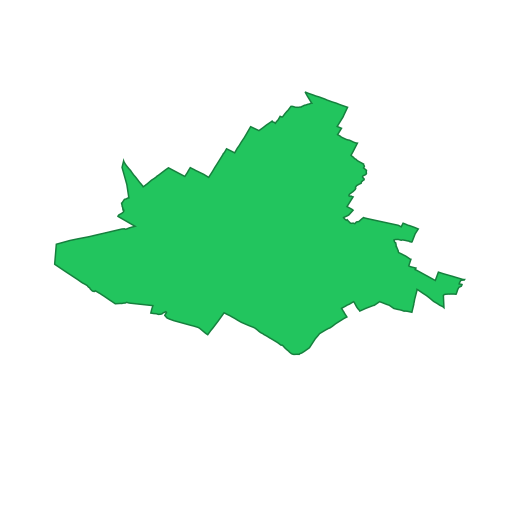 outline of Sipote, Iasi, Romania, rotated 142°
{"feature_id": "2599482B43206903693326", "entity_name": "Sipote", "entity_type": "district", "adm_level": 2, "iso_a3": "ROU", "parent_name": "Romania", "parent_adm1": "Iasi", "projection": "equal_earth", "projection_center": [27.182, 47.479], "detail": "fine", "context": "isolated", "style": "filled", "palette": "green", "viewbox_px": 512, "rotation_deg": 142, "n_neighbors": 0, "source": "geoboundaries", "source_scale": "gbopen_adm2", "svg_char_len": 6104}
<svg xmlns="http://www.w3.org/2000/svg" viewBox="0 0 512 512"><g transform="rotate(142 256 256)"><path d="M291.2,170.4L290.1,169.4L289.8,165.5L289.4,163.2L289.0,161.6L288.8,160.5L288.8,159.8L288.2,157.2L287.8,156.5L287.2,155.6L286.6,155.0L284.3,153.4L282.5,151.9L281.8,152.1L279.6,151.4L276.7,151.1L270.4,150.8L260.2,154.3L256.6,155.0L253.7,155.7L246.3,154.8L244.7,154.5L243.7,154.4L242.0,153.8L239.2,153.6L235.0,153.6L225.1,152.6L221.9,152.0L221.5,156.6L221.2,157.9L221.3,158.2L220.9,161.0L220.8,162.1L215.9,161.3L214.5,161.2L212.3,160.6L207.2,159.9L207.2,158.7L208.1,153.6L208.0,153.3L208.2,152.0L208.1,151.5L208.1,150.4L207.9,149.5L208.1,148.7L201.9,147.2L194.7,145.0L193.6,144.6L193.4,144.4L193.0,144.3L186.6,143.9L186.3,143.2L185.7,142.3L182.7,137.2L181.8,135.9L181.3,135.1L181.0,134.1L179.7,129.8L177.0,126.4L175.9,125.2L174.6,123.5L173.5,121.7L173.1,121.2L172.6,121.0L172.2,120.6L171.0,119.5L167.8,115.7L161.5,120.7L160.8,121.5L159.5,122.5L157.9,124.0L154.9,126.3L150.5,129.7L149.7,130.6L149.2,129.5L147.4,123.8L146.1,120.1L145.1,116.2L144.2,111.8L143.9,110.6L142.6,107.4L141.4,103.8L140.2,101.6L140.0,101.1L139.7,99.6L132.6,109.6L131.4,109.7L130.1,109.1L128.9,108.3L127.9,107.6L126.9,106.8L126.4,106.5L123.5,104.2L121.9,102.7L120.8,103.3L117.5,105.5L115.4,106.4L112.8,105.8L111.2,106.6L111.2,106.8L113.1,108.9L112.2,109.6L109.9,110.6L109.2,110.4L107.5,109.5L106.9,108.9L106.2,109.1L106.7,109.5L107.6,110.4L108.3,111.4L112.9,117.9L119.3,126.7L122.2,131.0L129.8,126.3L136.1,141.0L138.3,146.1L139.0,147.3L137.4,148.0L140.3,151.7L141.1,152.9L141.7,154.2L136.0,158.0L136.3,158.3L136.8,159.8L137.8,163.0L138.5,164.7L138.9,165.5L139.0,165.5L139.7,167.3L141.5,170.9L141.1,172.1L140.8,172.4L139.5,177.0L139.8,177.2L139.2,177.9L138.6,178.8L137.8,180.5L138.3,181.1L137.8,182.8L137.4,183.7L136.2,183.3L133.7,181.5L131.9,179.1L131.5,178.8L130.6,178.5L128.1,175.6L127.5,174.8L126.5,173.8L126.0,172.6L124.7,171.1L124.3,171.1L116.9,175.5L111.5,177.4L113.7,181.3L116.5,185.7L117.0,186.2L117.6,187.2L118.4,188.8L119.9,191.3L123.6,189.6L125.0,192.6L125.4,193.1L145.0,216.6L147.3,219.5L147.6,220.1L150.0,220.1L153.8,219.8L154.3,220.2L154.9,220.4L155.4,220.8L156.0,221.0L158.2,220.6L159.1,222.0L161.0,223.2L161.3,223.6L161.4,224.0L161.8,227.2L161.8,228.5L162.8,228.5L163.3,230.2L163.4,232.0L163.3,232.4L159.1,231.4L157.5,231.2L151.3,232.3L151.6,233.6L153.9,238.9L143.1,242.8L143.9,244.0L144.1,244.3L144.1,244.6L144.4,244.9L145.1,245.0L145.3,245.4L145.7,246.0L145.7,246.3L144.8,247.0L143.7,247.2L142.5,247.1L141.3,247.1L140.0,247.0L137.1,247.3L135.9,247.8L135.7,248.0L135.5,248.7L135.3,248.9L134.5,249.2L133.2,249.5L130.5,249.1L128.5,248.6L128.1,248.7L127.5,249.3L127.0,249.6L126.2,249.5L125.0,249.7L124.4,249.5L124.0,249.5L123.7,249.7L123.3,250.4L123.5,251.1L123.4,251.4L123.6,252.2L123.5,252.5L123.1,253.0L122.5,253.2L121.9,253.2L119.8,252.7L119.1,252.7L118.4,252.9L118.0,253.2L117.9,253.5L117.7,253.8L117.7,254.0L117.0,254.7L116.6,255.3L116.2,255.5L117.0,259.2L115.4,259.9L115.2,260.4L115.1,261.6L115.0,261.8L114.6,262.2L116.9,267.4L117.5,269.1L117.7,270.7L118.2,271.7L118.4,272.2L118.4,273.7L118.9,275.4L119.1,276.9L115.7,278.3L106.6,282.5L107.8,283.7L109.1,285.8L110.2,288.1L111.1,289.8L112.2,291.0L113.0,292.1L115.2,296.4L115.6,297.3L115.9,298.8L117.0,301.4L110.0,304.0L112.3,308.1L101.7,312.0L99.9,313.0L92.3,316.8L94.1,319.6L95.6,321.9L97.1,324.3L98.5,326.8L101.3,330.8L102.7,333.1L104.0,335.1L105.0,337.1L106.6,339.7L107.1,340.4L107.4,341.0L108.5,342.7L110.6,345.6L111.5,347.2L114.5,351.8L116.1,354.6L116.4,354.5L116.9,351.3L117.0,350.8L118.0,342.2L118.2,342.4L118.5,342.5L120.3,342.9L121.6,343.6L123.8,344.3L125.1,345.0L126.8,345.3L127.7,345.6L128.5,345.5L128.8,345.7L129.5,346.2L131.0,347.0L132.6,348.3L133.6,349.2L134.3,350.4L135.2,351.5L136.3,352.4L141.5,351.0L142.3,351.0L145.3,350.4L149.3,349.3L150.0,349.5L151.0,351.2L154.6,349.7L157.6,349.2L159.0,348.6L159.2,349.2L159.5,350.4L160.1,350.9L160.2,351.3L160.2,352.4L161.6,352.4L167.0,352.8L172.0,352.8L176.5,353.0L180.6,361.2L192.3,356.5L197.5,354.8L201.1,353.4L204.5,352.4L209.3,350.4L211.1,354.3L213.2,358.6L216.6,357.2L218.1,356.8L218.8,356.8L219.3,356.4L230.8,352.2L234.0,351.1L238.2,349.4L244.9,347.1L247.0,352.7L248.5,355.7L250.0,358.8L250.7,360.1L251.7,362.5L252.4,363.9L253.4,366.1L257.4,364.6L258.1,364.2L263.1,362.5L270.7,379.4L274.5,379.6L283.7,379.7L284.5,379.9L286.0,379.7L288.9,379.8L291.6,380.1L295.3,379.9L297.7,379.8L298.9,379.9L299.8,379.8L302.3,380.0L302.2,380.4L302.2,383.2L302.4,385.9L302.3,391.8L302.4,393.8L302.5,394.7L302.4,398.3L302.2,400.7L302.4,402.9L302.5,407.0L302.4,409.0L302.0,411.9L301.8,412.4L307.0,408.3L313.8,391.8L320.4,380.1L320.9,380.4L321.6,380.7L323.0,380.8L324.3,381.4L324.8,381.6L325.9,381.3L328.6,380.4L329.4,380.4L329.7,379.9L330.1,378.8L330.9,377.5L331.2,376.3L332.4,374.3L331.8,374.1L332.3,372.9L333.5,372.3L335.8,372.3L338.5,372.8L339.7,372.6L340.4,372.2L333.0,353.9L338.4,356.1L341.9,357.1L342.3,357.3L342.6,357.7L342.8,358.3L345.0,359.8L376.5,374.4L385.4,379.0L393.1,382.8L406.1,388.2L419.7,373.5L419.7,373.3L415.7,361.0L410.9,346.8L409.7,342.7L408.9,340.6L408.7,340.4L407.2,336.7L407.2,334.9L406.8,333.6L406.7,332.8L406.9,332.0L406.6,329.7L406.3,328.8L405.3,327.6L404.9,327.4L404.1,327.6L402.8,324.4L402.5,323.5L401.8,322.0L401.7,321.4L400.5,318.0L398.0,310.1L397.9,310.0L396.6,305.9L396.3,305.0L391.9,302.0L391.0,301.2L388.9,300.2L388.3,299.6L388.1,299.5L386.4,299.1L385.3,297.5L384.3,296.4L367.8,280.4L371.1,278.1L374.0,275.8L372.0,273.6L370.1,271.9L368.8,270.0L366.9,268.8L365.8,268.3L363.8,268.3L363.1,268.0L361.4,267.7L361.2,266.7L361.5,266.4L363.5,265.8L364.5,265.3L364.5,265.0L364.3,263.9L364.4,262.5L364.1,261.9L364.1,261.6L363.1,259.7L360.6,255.7L349.9,241.3L348.4,239.4L345.6,235.4L345.2,234.5L344.9,233.7L343.3,226.1L342.5,223.7L337.6,225.1L334.7,225.7L326.0,228.0L316.1,230.9L314.9,228.2L313.2,224.8L312.6,223.2L311.1,219.7L310.0,216.7L308.4,212.8L304.3,205.3L301.9,201.3L301.2,199.8L300.3,196.4L300.2,195.4L299.8,193.8L299.4,192.5L298.5,190.7L298.1,189.2L297.1,187.0L296.5,185.5L295.6,182.9L295.1,181.8L292.3,174.5L291.2,170.4Z" fill="#22c55e" stroke="#15803d" stroke-width="1.5"/></g></svg>